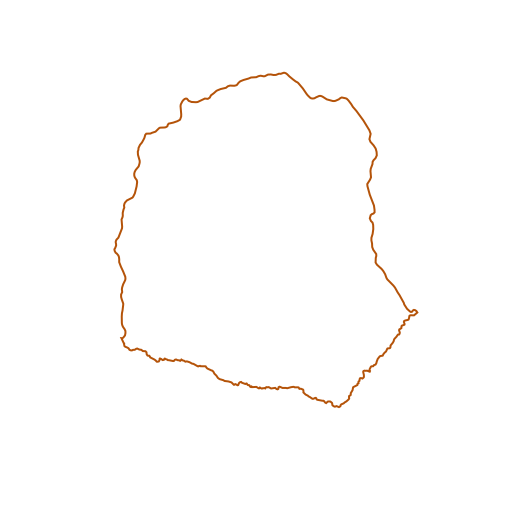 outline of Los Santos, Santander, Colombia, rotated 153°
{"feature_id": "7082276B92176503195473", "entity_name": "Los Santos", "entity_type": "district", "adm_level": 2, "iso_a3": "COL", "parent_name": "Colombia", "parent_adm1": "Santander", "projection": "natural_earth1", "projection_center": [-73.071, 6.818], "detail": "fine", "context": "isolated", "style": "outline", "palette": "amber", "viewbox_px": 512, "rotation_deg": 153, "n_neighbors": 0, "source": "geoboundaries", "source_scale": "gbopen_adm2", "svg_char_len": 6107}
<svg xmlns="http://www.w3.org/2000/svg" viewBox="0 0 512 512"><g transform="rotate(153 256 256)"><path d="M413.2,243.9L413.4,238.6L413.2,238.1L413.4,238.0L414.1,235.5L413.7,234.5L412.3,232.9L411.5,231.7L411.3,229.8L410.3,228.7L409.4,228.2L408.2,228.2L406.6,227.5L404.9,227.7L403.9,227.5L402.4,225.6L400.8,224.5L400.0,222.7L397.7,221.3L397.3,219.9L398.0,218.2L397.9,216.7L397.5,216.2L396.4,215.6L396.2,214.7L396.3,213.7L393.6,210.0L392.9,208.7L392.4,206.9L391.5,206.4L390.4,206.2L389.2,207.0L388.5,208.2L388.1,208.3L387.1,207.1L386.5,205.7L385.3,205.3L384.8,205.5L384.3,206.0L383.8,206.0L383.2,205.0L382.3,204.2L381.9,203.3L380.9,202.7L377.5,200.0L376.7,199.8L375.6,200.3L374.9,200.3L374.1,200.0L373.3,198.9L371.4,197.6L371.2,197.0L370.4,197.1L369.5,197.6L368.6,196.1L367.8,195.5L366.9,193.9L365.9,193.7L365.1,193.2L363.4,191.5L361.8,189.1L360.7,188.3L358.0,184.2L357.4,183.8L356.9,183.9L355.7,183.5L355.5,183.0L351.0,180.6L350.8,179.0L350.4,177.8L347.6,174.2L347.0,173.7L346.5,172.3L346.5,170.1L345.6,167.4L345.3,164.7L344.7,163.5L344.3,162.8L341.5,160.2L340.7,158.9L337.6,156.8L335.6,154.9L335.2,154.4L334.2,151.3L333.7,151.1L332.7,151.3L332.4,151.1L331.1,149.2L330.8,149.1L330.4,149.1L329.1,150.3L328.5,150.6L327.3,150.8L326.4,150.5L326.1,149.5L323.6,146.8L322.5,146.8L322.2,146.6L322.0,145.0L321.6,144.5L320.9,144.2L320.6,143.8L320.6,142.4L320.1,141.6L319.6,141.3L319.2,141.7L318.5,140.7L315.1,139.2L313.7,136.9L313.4,136.7L312.9,136.6L312.2,137.0L311.2,135.4L310.6,135.1L309.8,135.1L309.1,134.6L308.4,134.5L307.8,133.8L306.8,134.4L306.2,134.4L305.2,133.7L304.2,133.4L302.7,131.1L298.8,129.8L298.1,128.2L297.3,127.4L296.7,127.4L296.3,127.6L295.5,128.8L294.5,128.9L293.9,128.4L292.3,126.4L289.3,124.9L288.2,124.0L284.3,123.2L282.5,122.6L281.7,122.2L281.0,121.3L278.0,119.8L277.7,119.4L277.6,117.9L276.3,117.4L274.8,115.7L274.7,115.2L275.1,113.9L275.7,112.9L274.7,110.0L273.2,108.0L272.9,107.0L272.1,106.0L270.6,103.2L269.5,102.7L267.7,102.7L267.1,102.4L266.9,101.8L267.1,100.8L266.7,100.1L262.7,97.0L261.7,96.5L261.3,95.9L260.9,94.0L260.3,93.1L258.2,93.7L257.0,93.3L255.8,92.5L255.0,90.7L255.2,89.5L255.6,88.7L255.6,88.2L255.0,86.9L254.1,85.9L252.4,85.7L250.7,83.7L249.1,83.8L248.3,84.7L247.3,85.1L244.8,84.9L243.4,85.3L241.5,85.4L238.5,86.2L237.7,86.7L237.1,88.3L236.5,89.0L235.2,89.0L234.7,89.2L233.8,90.8L230.9,92.6L229.1,94.9L228.6,95.0L224.3,95.0L223.6,96.0L222.4,96.1L222.0,97.2L221.5,97.6L220.5,97.8L219.5,99.3L218.8,99.8L217.9,99.6L216.8,98.5L215.5,98.8L214.8,99.2L213.9,101.0L213.3,103.4L213.1,104.1L212.4,104.7L211.4,104.6L210.4,103.9L209.1,103.4L207.6,101.7L207.2,101.3L206.6,101.8L206.7,102.8L206.2,103.5L204.0,105.1L203.3,105.3L201.6,104.6L200.5,105.2L198.8,105.0L197.4,105.9L196.4,107.1L194.3,109.0L191.3,110.4L190.3,110.3L188.4,109.7L186.7,110.9L185.2,111.5L183.5,111.9L181.1,113.8L180.8,113.9L178.9,113.2L178.3,113.2L177.7,113.6L176.7,115.2L173.5,116.6L172.0,117.6L171.2,118.6L170.3,119.3L167.5,120.3L165.7,121.3L165.2,121.5L164.1,121.1L163.3,121.6L162.6,122.6L162.3,124.7L161.7,125.5L159.3,125.7L158.1,127.5L157.7,127.7L155.0,127.4L154.5,127.9L154.2,130.1L153.5,130.8L152.4,130.8L149.6,130.1L148.8,130.2L147.5,131.6L146.6,132.9L146.1,133.1L145.2,133.0L142.1,131.4L137.9,132.4L138.1,134.2L138.9,135.6L139.8,136.3L140.6,136.3L142.5,135.5L143.5,135.9L144.0,136.7L145.4,140.4L145.8,144.3L145.9,145.6L145.6,147.1L145.9,156.0L146.3,159.2L146.5,164.7L147.0,167.3L149.6,175.5L149.7,177.4L149.2,181.1L149.4,184.7L149.9,187.2L152.2,193.4L152.4,195.9L150.1,200.0L148.8,201.4L148.0,203.2L148.7,208.3L148.4,211.2L146.9,214.5L146.1,217.5L144.9,219.8L142.1,222.7L139.3,226.7L137.5,230.5L137.0,232.9L137.7,235.0L137.5,237.9L135.3,240.3L133.8,240.7L132.0,240.5L130.5,241.1L129.4,243.4L128.0,247.4L126.8,259.0L125.0,267.6L124.2,269.6L119.8,272.2L117.8,273.9L115.5,279.6L114.2,281.6L110.5,285.0L109.3,287.0L107.7,288.0L105.1,288.9L102.7,290.8L101.3,294.0L100.6,297.4L101.0,301.2L102.2,305.8L101.9,308.6L98.4,312.8L97.9,316.5L98.8,328.1L100.7,339.7L102.0,345.0L102.2,348.0L103.0,352.6L103.7,354.8L104.4,355.7L107.6,358.3L109.1,358.4L111.1,358.0L114.8,358.2L116.1,358.6L117.3,359.3L121.8,363.4L124.2,367.5L125.0,368.6L125.9,369.4L127.0,369.9L130.3,370.1L132.3,370.0L133.9,370.5L135.2,371.4L135.9,372.4L137.0,375.7L137.4,377.7L138.2,384.0L139.8,390.8L140.2,391.8L141.4,393.5L142.9,396.6L144.8,401.0L145.7,403.8L146.4,405.2L147.3,406.2L148.3,406.7L151.3,407.1L152.8,408.0L156.0,408.3L158.2,409.3L160.2,410.9L162.0,411.8L163.1,412.2L166.4,412.2L167.4,412.5L170.0,414.5L170.9,414.8L172.2,415.1L174.6,415.2L179.4,417.3L182.1,417.5L187.2,418.5L190.7,418.8L192.8,418.3L195.3,417.1L196.4,417.1L198.2,417.6L201.7,419.6L202.7,419.8L204.1,420.0L206.4,419.5L211.7,420.8L215.1,421.1L216.3,421.1L219.7,420.2L223.2,419.6L225.3,418.1L227.6,417.9L230.1,419.5L238.1,419.7L239.7,420.3L243.5,422.5L245.5,424.8L246.1,427.4L246.9,428.1L248.4,428.3L250.2,427.8L251.6,427.1L254.2,425.2L255.2,423.8L258.3,416.2L259.4,414.2L261.3,412.4L262.0,411.9L264.8,411.8L269.1,412.4L273.8,413.6L275.2,412.8L276.0,411.9L276.9,411.7L278.1,411.7L279.3,412.1L283.2,413.9L284.3,413.9L289.1,412.4L292.9,413.0L294.4,413.0L298.2,414.8L299.7,414.2L301.7,412.0L303.3,410.8L306.1,408.9L308.9,407.7L310.7,406.3L311.6,405.6L312.6,404.0L313.9,402.7L315.2,399.8L316.4,393.7L317.0,392.4L317.9,391.2L319.9,389.1L324.1,387.3L325.8,386.1L327.0,384.8L327.8,383.3L328.2,381.8L328.2,380.3L327.8,377.7L328.3,375.9L330.8,372.2L335.5,366.8L338.5,364.6L339.6,364.1L345.8,364.1L348.4,363.1L349.5,362.3L350.7,360.9L351.4,358.9L352.9,357.6L355.2,354.9L356.5,352.2L357.4,351.1L359.2,349.6L361.9,343.0L362.8,341.5L370.3,334.8L372.9,333.9L374.3,332.7L374.9,331.6L375.2,330.3L375.9,328.8L377.9,327.0L379.1,326.3L379.6,324.8L379.6,322.7L378.9,321.3L378.4,318.9L378.6,317.2L379.4,315.1L380.7,312.6L381.2,307.9L381.4,302.4L381.9,296.8L382.7,294.9L383.6,293.8L387.2,291.1L389.5,288.8L390.6,287.3L391.6,284.6L393.7,282.9L394.8,280.7L395.3,278.3L395.9,273.9L396.4,272.9L399.7,268.0L401.4,265.9L403.1,263.0L406.0,257.1L406.5,255.5L406.7,253.5L406.3,250.3L406.4,248.5L407.3,246.6L408.8,244.7L411.2,243.6L412.4,243.4L413.2,243.9Z" fill="none" stroke="#b45309" stroke-width="2"/></g></svg>